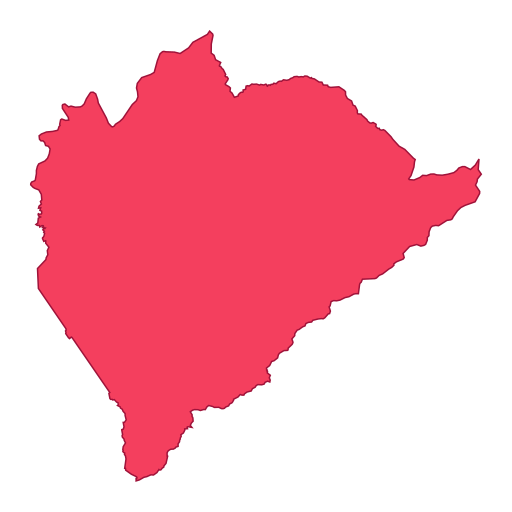 outline of Campoalegre, Huila, Colombia
{"feature_id": "7082276B79425124325602", "entity_name": "Campoalegre", "entity_type": "district", "adm_level": 2, "iso_a3": "COL", "parent_name": "Colombia", "parent_adm1": "Huila", "projection": "mercator", "projection_center": [-75.337, 2.645], "detail": "fine", "context": "isolated", "style": "filled", "palette": "rose", "viewbox_px": 512, "rotation_deg": 0, "n_neighbors": 0, "source": "geoboundaries", "source_scale": "gbopen_adm2", "svg_char_len": 5915}
<svg xmlns="http://www.w3.org/2000/svg" viewBox="0 0 512 512"><path d="M479.0,159.0L475.3,165.1L470.5,169.5L464.8,166.6L462.4,166.6L458.8,168.0L456.9,170.3L453.9,172.6L448.0,174.2L442.2,175.2L436.8,174.9L434.0,174.0L430.7,174.1L426.6,175.6L422.7,175.3L419.9,177.5L414.0,180.0L409.3,179.6L408.7,178.9L411.0,175.6L413.9,167.1L414.5,161.8L415.2,159.5L413.4,158.2L404.8,149.4L399.1,146.2L392.8,139.3L391.0,136.7L384.9,130.5L383.4,129.7L381.6,130.2L379.7,129.6L379.3,128.3L377.7,128.4L375.6,126.3L376.2,124.9L375.9,124.1L373.1,122.5L371.1,123.2L369.8,122.9L367.6,121.1L366.9,119.6L361.9,115.2L361.2,114.1L357.9,113.9L357.3,112.8L357.4,110.6L355.2,106.1L353.0,105.1L351.6,101.0L347.4,98.5L345.6,95.1L345.5,91.7L344.2,90.3L338.9,86.8L330.6,87.4L328.2,86.7L327.6,85.2L323.3,85.0L321.9,82.2L319.0,82.0L314.4,78.9L311.9,78.4L311.4,77.6L310.3,78.1L307.2,76.2L304.8,76.0L303.3,76.9L301.2,76.6L298.8,77.0L297.1,76.4L294.1,76.7L292.8,77.7L290.5,78.5L289.3,79.6L286.8,80.3L283.5,79.8L281.4,81.3L280.1,81.1L278.4,81.6L276.1,83.7L273.8,83.2L272.8,84.3L271.0,84.4L270.3,85.3L269.4,84.9L268.3,85.0L267.5,86.2L267.1,86.0L266.4,84.4L265.6,84.2L263.8,85.0L260.7,84.4L259.6,85.1L256.6,84.1L253.6,84.3L251.9,84.0L249.2,86.0L247.6,85.7L246.1,86.1L245.6,89.3L243.1,90.0L243.2,91.7L242.7,92.3L241.4,92.2L240.3,92.7L238.4,94.6L238.2,96.0L234.4,97.3L232.0,93.0L230.0,91.3L230.4,88.0L228.9,86.6L225.4,84.6L225.3,83.7L227.8,79.9L228.2,78.6L227.1,76.9L225.8,76.8L225.0,75.9L225.7,74.5L223.2,69.4L222.2,68.7L220.7,66.5L219.5,66.2L219.4,65.4L220.7,62.5L215.6,59.7L214.1,55.3L211.2,53.1L211.3,44.0L213.0,35.5L212.7,34.1L209.6,31.1L207.4,34.4L192.9,42.3L188.6,47.9L180.1,53.5L174.4,52.1L166.0,51.8L163.8,51.4L162.5,51.7L160.1,53.7L157.4,60.6L154.2,72.4L150.6,74.5L141.7,77.6L137.3,83.4L136.5,88.0L137.5,91.8L138.0,96.8L136.4,100.7L132.3,104.5L122.8,118.6L119.7,121.5L115.4,124.3L114.3,126.0L112.7,126.9L111.6,126.6L108.4,123.2L106.3,117.9L98.3,103.0L97.6,99.2L95.7,93.9L93.2,92.2L90.9,92.3L90.0,93.2L86.4,98.8L84.2,103.9L82.0,106.1L80.3,106.9L75.3,107.2L71.0,106.1L68.6,106.9L64.9,104.0L62.9,104.5L62.3,105.3L62.4,108.4L68.3,117.4L68.7,120.1L65.6,120.4L61.8,119.0L60.6,119.8L59.7,124.3L60.1,125.4L59.0,126.6L58.0,129.8L57.2,130.4L52.7,131.4L46.4,132.0L41.4,134.0L39.1,135.8L39.5,139.3L41.0,140.9L42.9,140.8L44.6,142.4L45.6,145.5L48.4,146.3L50.1,148.9L49.3,153.8L47.6,158.2L44.9,161.0L38.7,163.9L37.4,166.4L36.4,170.4L36.4,173.7L35.3,180.0L34.7,180.8L31.7,182.0L30.8,183.4L30.7,184.8L33.2,187.4L34.9,188.4L38.8,189.9L41.3,194.3L41.8,200.0L40.4,201.5L41.4,204.0L39.0,206.2L38.5,208.2L40.7,207.8L39.9,210.4L41.6,211.1L41.7,213.2L41.4,213.9L39.6,214.3L38.4,213.7L38.1,214.2L38.6,216.0L40.5,217.0L38.3,218.2L37.8,223.0L35.9,224.5L37.3,225.4L39.4,225.5L39.8,227.0L42.0,225.6L43.2,225.7L43.5,226.2L42.5,227.5L45.3,228.0L44.8,228.6L43.8,228.5L42.8,229.8L44.4,231.3L43.7,232.3L44.6,233.3L44.0,235.9L43.3,237.2L42.6,237.7L42.5,238.6L43.8,241.4L45.4,240.7L45.8,240.9L45.7,243.2L48.9,247.2L47.3,250.6L47.8,254.8L46.2,257.7L45.9,259.6L37.5,268.5L38.4,288.5L66.0,328.8L66.1,330.3L65.5,330.9L66.0,332.6L65.7,333.6L68.4,337.6L69.5,338.6L71.3,337.1L72.0,337.5L109.8,392.5L108.9,393.4L109.9,398.5L110.7,399.4L112.4,399.4L112.8,400.0L114.3,399.6L116.6,402.1L118.0,402.7L118.3,404.8L117.5,405.5L120.1,406.8L120.5,408.1L122.3,409.3L123.0,411.2L125.1,413.6L125.1,415.5L126.2,419.8L124.5,422.3L123.2,422.4L124.0,426.8L123.3,429.1L121.8,429.6L121.8,430.2L122.6,434.6L122.1,435.6L122.3,437.0L124.1,439.2L124.2,440.3L125.5,442.9L123.2,446.7L122.8,449.6L123.2,450.4L122.8,451.2L123.5,452.4L124.7,453.0L124.5,454.6L125.4,455.7L126.0,458.9L124.7,468.3L125.5,468.4L125.7,470.2L131.3,474.2L136.6,476.8L137.0,477.8L136.6,478.5L136.1,478.5L136.1,480.9L139.4,479.9L143.9,477.3L146.9,476.6L150.9,474.8L153.5,475.0L156.9,472.6L158.9,469.6L159.2,470.0L160.8,469.9L162.4,468.0L163.7,467.2L164.0,465.8L166.0,463.4L167.4,457.3L167.2,456.6L167.7,456.1L167.1,455.4L167.1,452.8L167.9,451.2L169.6,449.8L171.0,449.2L173.4,449.1L175.2,448.1L175.9,447.1L178.1,446.4L178.1,443.8L179.5,441.8L179.7,440.0L180.3,439.0L180.2,438.2L181.2,436.4L180.9,434.7L183.4,433.0L184.8,430.1L184.7,428.9L187.5,428.7L187.1,427.5L187.3,426.9L188.1,426.7L191.9,427.4L190.3,425.4L191.4,423.0L193.1,421.2L192.9,418.3L192.7,417.3L192.1,416.7L192.1,414.7L190.3,411.8L192.5,410.2L194.4,409.6L198.1,409.7L200.3,410.5L203.8,409.5L205.3,409.6L206.9,406.9L208.7,405.5L212.7,406.5L214.3,407.4L218.8,407.3L221.4,408.6L223.0,408.7L224.4,408.3L225.7,407.0L228.6,405.9L229.6,404.0L231.8,402.9L232.5,402.1L233.7,399.9L233.6,399.2L238.0,397.0L240.2,394.5L241.9,395.1L243.9,395.1L244.5,393.8L247.1,392.0L251.2,391.0L252.4,388.7L255.2,387.2L256.0,385.8L257.7,384.6L261.7,384.8L264.1,384.1L265.1,382.3L267.6,381.2L269.8,382.0L270.2,380.1L269.3,377.8L270.3,375.3L267.3,372.9L267.5,371.4L266.7,370.8L267.2,370.1L266.5,369.1L266.5,368.0L269.7,365.5L271.6,361.5L274.1,360.7L277.6,357.9L278.4,354.7L279.5,353.2L283.9,350.6L287.4,350.4L288.0,350.0L288.2,348.1L292.1,344.4L292.6,343.5L293.0,342.3L291.9,338.9L294.7,335.7L294.8,333.6L297.2,330.1L299.0,329.5L302.7,326.8L305.0,325.9L305.9,323.5L308.4,322.4L311.6,322.0L312.8,320.3L318.0,319.0L321.4,318.6L323.2,318.8L324.8,317.8L328.2,313.9L329.6,313.6L330.4,311.1L329.1,306.9L330.1,305.9L331.1,301.6L333.6,300.6L336.6,300.8L340.0,300.1L345.0,297.6L349.0,296.7L353.7,294.1L355.7,293.7L358.4,293.7L359.6,284.4L360.0,283.3L361.2,282.2L362.4,279.2L374.9,278.6L376.5,278.0L379.1,275.4L382.6,273.9L388.6,269.2L391.7,267.4L393.9,265.3L393.8,263.8L396.5,261.8L403.3,259.0L404.2,257.6L403.1,253.4L409.6,246.5L416.8,244.5L420.8,246.1L423.9,245.4L425.6,244.4L427.3,240.2L427.3,237.5L428.9,235.7L429.1,231.7L430.7,227.6L432.3,226.1L435.7,225.4L438.6,225.7L446.9,220.4L450.8,219.8L452.2,218.9L453.3,216.7L457.5,210.7L460.9,207.5L465.2,205.3L475.1,201.8L479.6,193.5L479.7,191.4L475.5,185.1L477.1,181.7L477.4,179.1L481.3,174.2L478.2,169.6L479.0,159.0Z" fill="#f43f5e" stroke="#9f1239" stroke-width="1.5"/></svg>